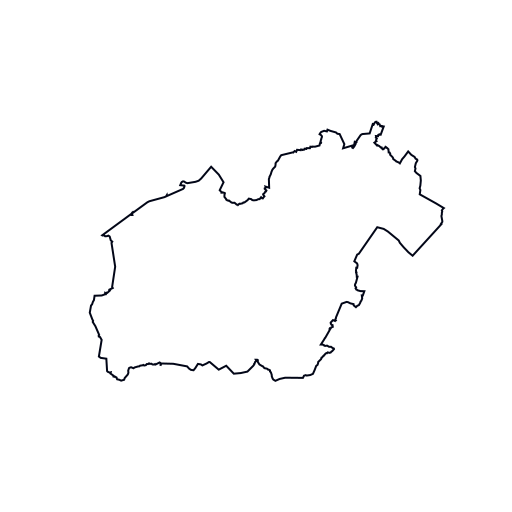 outline of Puruándiro, Michoacán, Mexico, rotated 31°
{"feature_id": "50627088B60920065239944", "entity_name": "Puruándiro", "entity_type": "district", "adm_level": 2, "iso_a3": "MEX", "parent_name": "Mexico", "parent_adm1": "Michoacán", "projection": "equal_earth", "projection_center": [-101.522, 20.12], "detail": "fine", "context": "isolated", "style": "outline", "palette": "ink", "viewbox_px": 512, "rotation_deg": 31, "n_neighbors": 0, "source": "geoboundaries", "source_scale": "gbopen_adm2", "svg_char_len": 6083}
<svg xmlns="http://www.w3.org/2000/svg" viewBox="0 0 512 512"><g transform="rotate(31 256 256)"><path d="M392.3,118.2L383.3,118.2L364.6,118.8L362.9,114.8L361.4,113.7L360.6,111.0L358.4,106.4L355.7,102.7L350.8,102.2L348.5,101.5L347.6,98.8L346.4,97.9L345.2,94.2L345.2,91.1L344.5,90.3L342.7,90.4L340.9,89.4L337.0,89.3L332.6,88.0L332.0,94.3L331.4,97.7L331.6,102.5L330.2,102.3L327.4,102.7L327.1,102.5L323.7,102.2L323.0,101.4L322.0,100.9L318.8,100.1L318.3,99.1L317.2,98.5L316.4,98.9L314.5,96.3L312.8,95.9L312.2,96.0L311.7,95.3L311.8,95.6L310.8,95.7L310.9,96.4L310.5,97.2L310.3,98.8L309.7,99.3L309.3,99.2L309.1,98.8L307.9,98.8L307.7,98.3L306.7,98.6L305.1,98.3L302.7,98.4L302.7,98.9L299.1,97.9L300.1,95.6L299.5,95.5L299.5,95.2L299.1,94.4L299.0,93.0L297.8,92.8L297.8,92.3L297.0,91.4L298.9,90.4L298.4,89.2L298.6,88.8L299.4,88.5L299.4,88.0L300.4,87.8L298.8,79.3L297.5,80.1L297.4,79.6L296.5,79.9L295.6,80.7L295.0,80.0L294.3,79.9L294.0,79.5L293.2,79.7L292.6,79.2L292.3,80.2L291.6,79.5L291.2,79.7L290.2,78.8L289.7,79.1L289.1,80.2L289.2,83.2L288.9,83.4L287.9,81.8L290.3,92.4L284.5,96.6L283.8,97.5L283.4,98.6L282.9,106.4L283.5,106.6L283.4,107.5L281.9,107.4L282.9,110.2L283.4,109.1L283.7,109.1L283.8,111.6L283.5,113.5L282.6,113.5L281.6,111.8L275.2,118.8L274.1,114.6L264.9,108.4L262.8,109.3L260.9,108.9L255.4,110.4L252.2,110.9L252.6,112.7L249.9,113.6L248.0,116.1L247.7,118.2L247.8,118.9L249.1,118.8L250.7,119.3L251.2,119.9L251.6,122.0L251.8,122.3L251.8,122.7L252.7,125.6L252.8,125.1L252.8,125.4L253.1,125.2L254.2,125.2L253.5,125.2L253.5,125.8L252.8,126.4L253.5,128.6L250.3,131.9L247.8,133.3L247.8,133.7L246.3,134.3L246.7,135.8L243.8,137.5L244.0,138.3L242.4,139.0L242.6,139.9L241.3,141.1L241.1,140.9L239.7,141.5L239.8,142.3L236.5,143.8L236.8,146.0L235.1,146.1L234.6,148.1L234.3,148.1L225.7,156.6L225.5,158.3L225.7,163.0L225.2,164.2L225.0,166.4L225.8,167.8L226.4,169.5L225.8,172.0L225.6,173.5L225.9,175.8L226.6,178.5L226.8,181.3L227.1,181.8L227.4,183.4L232.1,190.7L228.4,191.6L229.0,192.1L229.1,192.8L228.6,193.4L228.8,193.9L231.2,194.5L231.3,195.6L230.8,196.1L230.9,197.5L230.3,199.2L230.5,199.7L232.5,200.5L232.2,201.9L232.2,203.1L231.6,203.4L230.1,203.0L229.8,205.4L228.7,206.1L227.6,207.8L225.5,209.4L224.0,210.0L222.7,209.7L220.3,210.5L220.0,212.5L218.5,216.1L217.6,216.6L217.4,217.7L215.5,219.5L215.0,219.6L214.7,220.1L214.3,221.5L214.1,221.4L213.0,221.9L210.2,221.4L208.7,222.4L207.4,222.8L204.2,222.4L204.0,222.8L202.6,223.1L201.5,223.0L201.4,222.7L198.5,221.6L197.4,219.7L197.1,218.4L196.8,218.1L194.7,218.6L194.7,218.9L193.8,219.5L193.5,219.0L191.0,218.3L190.2,209.5L182.2,205.4L171.6,202.6L169.1,217.8L168.1,221.0L165.9,223.6L159.7,228.9L158.1,229.3L156.0,229.2L155.0,229.6L154.3,230.8L154.2,231.7L154.6,234.3L158.3,232.6L158.7,232.8L159.2,234.7L158.9,236.1L148.8,250.4L148.2,249.7L148.2,251.3L147.2,252.7L136.4,264.0L135.2,265.9L128.5,281.8L127.9,281.6L127.6,282.4L127.9,282.6L127.6,283.4L128.9,284.5L128.0,285.1L127.2,284.7L113.5,317.5L113.9,317.5L115.1,316.5L116.5,316.8L118.1,315.7L118.9,314.6L119.8,314.6L120.6,314.7L123.5,317.4L125.4,317.7L125.4,319.2L140.8,337.7L148.6,356.6L149.7,357.2L147.8,360.1L148.5,360.3L148.5,360.6L148.1,360.6L148.0,361.8L148.2,362.0L147.5,364.2L147.0,364.3L147.0,366.1L146.5,366.4L146.2,365.3L145.7,365.3L146.3,366.6L144.1,369.3L138.1,373.2L139.8,377.3L139.8,379.2L140.4,381.9L140.1,383.4L142.7,390.2L148.3,394.6L149.8,395.5L150.0,396.6L154.5,398.9L162.2,404.4L162.1,405.1L162.7,406.0L164.1,405.8L166.9,407.4L173.1,423.1L175.4,423.3L180.6,421.1L187.6,431.3L188.5,431.6L190.6,431.3L191.4,430.5L191.8,431.7L195.7,432.0L195.9,432.7L197.1,432.4L197.4,432.0L199.1,432.0L199.6,432.6L200.5,433.2L202.5,432.5L204.6,432.3L206.7,430.0L206.3,428.2L207.1,423.8L207.0,422.8L206.7,421.7L205.5,420.1L204.9,417.5L205.2,416.9L206.2,415.7L208.8,415.3L209.3,414.1L211.8,411.4L212.8,410.7L213.1,409.7L215.1,408.1L215.5,407.4L216.5,407.5L217.8,406.3L218.0,404.9L219.2,404.2L219.3,403.6L219.6,403.1L220.5,403.2L221.8,402.2L223.1,402.3L224.6,401.5L225.0,400.8L225.3,401.0L225.7,400.9L228.2,396.9L229.0,396.9L229.8,397.6L230.6,399.3L230.2,396.9L240.6,391.0L253.8,386.1L256.7,387.0L258.9,387.1L261.3,386.1L261.7,383.4L261.8,378.4L264.6,377.3L266.4,377.4L269.0,373.6L270.3,371.1L271.0,370.7L282.6,372.6L287.0,365.4L297.6,368.3L303.2,364.2L308.2,359.5L310.2,351.5L310.3,349.8L310.0,349.5L310.2,349.0L309.8,347.4L310.2,345.9L310.1,345.4L309.3,345.0L310.4,344.3L311.2,344.3L312.0,345.8L314.8,347.2L318.0,347.2L318.6,347.0L321.0,347.8L323.2,347.0L324.1,346.9L324.8,347.2L325.9,346.8L326.9,346.8L327.5,347.8L328.6,348.0L330.7,349.8L331.5,351.0L333.4,352.5L334.5,353.0L336.9,353.0L339.6,349.2L343.7,345.3L359.0,336.3L358.8,333.9L360.0,332.5L361.0,332.4L363.8,330.1L365.5,327.7L365.0,323.6L364.2,319.2L364.8,317.7L364.5,316.1L363.9,314.8L364.9,310.9L364.5,309.4L365.0,308.8L365.0,307.5L365.5,306.7L365.4,306.0L365.7,305.4L365.8,304.1L366.3,303.0L366.9,302.8L367.1,301.7L368.8,301.2L369.7,300.3L369.9,299.0L370.3,298.4L370.8,295.6L370.4,295.2L369.0,295.4L367.0,295.2L365.4,296.2L363.1,296.2L361.8,297.3L360.8,297.7L360.3,297.4L358.8,297.6L357.2,298.5L357.4,292.4L357.3,290.9L357.5,290.6L357.3,282.0L357.2,280.9L356.6,280.7L356.5,279.9L357.3,279.6L357.3,278.5L358.3,277.2L357.2,275.8L356.3,276.1L355.0,275.5L354.3,274.6L355.0,271.3L357.1,271.0L357.0,270.6L357.5,270.1L356.7,269.7L356.6,269.4L356.6,268.3L356.2,267.5L354.0,252.7L357.3,248.7L358.6,248.2L361.3,248.0L364.4,247.0L365.2,248.0L368.0,248.4L368.4,246.7L369.5,245.0L369.4,242.1L369.1,241.3L369.3,240.1L368.9,237.7L367.0,235.3L367.9,234.9L367.0,230.4L363.6,232.3L360.7,233.1L359.9,232.9L359.3,233.1L358.0,232.4L358.0,231.3L356.2,230.5L355.8,230.0L355.5,229.1L355.4,227.4L353.7,221.5L353.1,221.9L351.8,220.0L351.1,219.5L350.7,218.5L350.2,218.5L349.9,217.7L349.4,217.4L348.0,214.4L348.8,214.0L347.8,211.5L346.5,210.3L343.0,209.9L342.0,202.7L343.0,201.1L345.1,168.9L351.5,167.0L356.4,167.1L370.4,169.2L372.5,170.6L378.2,172.5L384.7,174.3L390.1,175.1L398.5,133.3L398.0,133.3L398.1,130.8L397.8,130.2L394.3,126.2L394.0,124.9L393.0,123.1L392.8,122.1L391.8,121.2L392.0,119.0L392.3,118.2Z" fill="none" stroke="#020617" stroke-width="2"/></g></svg>